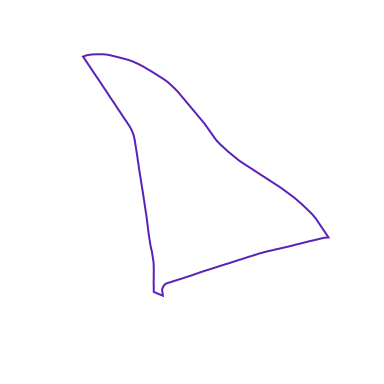 the district of Bang Phlat, Bangkok Metropolis, Thailand, rotated 287°
{"feature_id": "78962969B20944383607062", "entity_name": "Bang Phlat", "entity_type": "district", "adm_level": 2, "iso_a3": "THA", "parent_name": "Thailand", "parent_adm1": "Bangkok Metropolis", "projection": "equal_earth", "projection_center": [100.489, 13.788], "detail": "fine", "context": "isolated", "style": "outline", "palette": "violet", "viewbox_px": 384, "rotation_deg": 287, "n_neighbors": 0, "source": "geoboundaries", "source_scale": "gbopen_adm2", "svg_char_len": 3327}
<svg xmlns="http://www.w3.org/2000/svg" viewBox="0 0 384 384"><g transform="rotate(287 192 192)"><path d="M85.3,184.6L84.5,192.2L84.3,194.5L86.2,193.6L88.4,192.6L89.1,192.3L89.7,192.0L90.0,192.0L90.4,191.9L90.6,191.9L90.9,191.9L91.8,192.0L92.6,192.1L94.4,192.4L95.8,193.3L96.2,193.5L96.7,193.9L96.9,194.1L97.1,194.3L97.3,194.6L97.5,194.8L97.8,195.2L99.7,198.2L100.0,198.6L100.6,199.4L101.5,200.6L102.4,202.0L103.2,203.1L104.2,204.5L104.9,205.6L105.7,206.8L106.6,208.1L107.7,209.6L108.6,210.9L109.5,212.2L110.4,213.5L111.8,215.6L112.1,215.9L117.9,223.8L118.2,224.2L118.6,224.8L119.2,225.6L120.3,227.2L121.7,229.2L122.2,230.0L123.1,231.3L124.0,232.6L124.6,233.5L125.6,234.9L126.4,236.0L127.3,237.4L128.3,238.8L129.0,239.8L129.8,240.9L131.0,242.7L131.5,243.5L132.5,244.8L134.1,247.3L135.2,248.8L136.4,250.6L137.9,252.7L138.7,253.9L139.8,255.4L140.6,256.5L141.3,257.6L141.9,258.5L143.0,260.1L143.8,261.2L144.7,262.5L145.9,264.2L147.1,265.9L147.9,267.2L148.9,268.7L149.7,269.7L150.6,271.1L150.8,271.4L153.1,274.7L153.7,275.6L154.3,276.7L155.1,277.8L155.7,278.8L156.3,279.8L157.1,281.1L158.0,282.7L159.3,285.0L160.0,286.2L160.7,287.4L161.3,288.4L161.6,288.9L161.8,289.1L162.1,289.7L162.5,290.6L162.9,291.3L163.9,293.0L164.7,294.3L165.7,296.1L167.0,298.3L168.0,300.1L169.4,302.4L170.4,304.1L170.7,304.6L171.8,306.3L172.1,306.8L172.6,307.7L173.4,309.1L178.9,318.1L179.6,319.2L180.6,321.1L181.6,322.8L182.2,323.9L183.2,325.6L184.7,328.0L185.5,329.5L186.4,330.9L188.5,335.8L202.7,318.3L204.6,315.4L205.3,314.4L206.8,311.7L212.1,301.3L216.5,291.5L219.0,284.4L222.1,275.6L225.2,264.7L235.7,228.1L241.3,214.5L244.2,208.5L246.0,204.7L248.0,201.1L248.9,199.8L249.5,198.9L260.9,184.2L283.9,148.9L286.5,144.1L289.8,137.2L290.8,134.6L291.8,131.3L292.4,129.1L294.8,120.5L296.7,112.8L297.8,108.3L298.8,102.7L299.4,97.9L299.7,93.5L299.6,88.7L299.4,84.0L299.1,78.3L298.9,74.5L298.6,71.0L297.8,67.1L296.7,63.3L294.9,57.8L293.5,54.4L292.1,51.6L289.6,48.2L288.8,49.2L288.2,50.0L287.8,50.5L286.1,52.6L283.7,55.5L282.5,57.0L280.0,60.1L277.4,63.2L275.3,65.8L273.6,67.9L272.8,68.9L272.1,69.8L270.5,71.7L269.4,73.1L267.3,75.6L265.3,78.0L263.7,80.1L262.2,81.9L260.5,83.9L258.7,86.0L257.3,87.8L255.2,90.4L253.2,92.9L251.2,95.2L249.4,97.4L248.5,98.5L246.9,100.5L245.4,102.3L243.3,104.9L241.7,106.8L240.4,108.5L238.7,110.5L237.5,112.0L236.7,112.9L235.5,114.2L234.6,115.1L233.1,116.6L231.9,117.5L231.0,118.3L230.5,118.7L229.8,119.1L228.9,119.8L228.6,120.0L228.2,120.2L227.6,120.6L226.5,121.2L224.4,122.3L222.5,123.2L219.9,124.5L218.6,125.1L217.0,125.9L215.5,126.6L213.1,127.8L211.2,128.7L209.6,129.5L207.8,130.3L206.2,131.0L204.9,131.7L203.7,132.2L202.3,133.0L201.0,133.5L199.1,134.4L197.4,135.2L196.5,135.7L195.2,136.3L193.9,137.0L192.5,137.6L189.8,139.0L188.3,139.7L184.6,141.5L182.4,142.6L180.3,143.6L177.9,144.8L175.4,146.0L174.0,146.7L171.8,147.7L170.7,148.2L169.6,148.8L167.9,149.6L164.9,151.0L162.1,152.4L159.7,153.5L156.9,154.9L155.2,155.7L142.6,161.3L142.1,161.5L140.7,162.2L139.1,162.9L136.2,164.3L134.2,165.3L131.9,166.4L130.2,167.2L128.6,168.0L127.3,168.7L126.2,169.3L124.9,170.1L123.3,171.1L122.3,171.6L120.5,172.4L118.1,173.6L116.5,174.3L115.2,175.0L113.6,175.7L112.1,176.3L110.0,177.0L108.3,177.6L105.8,178.4L102.6,179.3L100.8,179.9L98.7,180.5L96.6,181.1L93.5,182.0L90.3,183.1L85.3,184.6Z" fill="none" stroke="#5b21b6" stroke-width="2"/></g></svg>